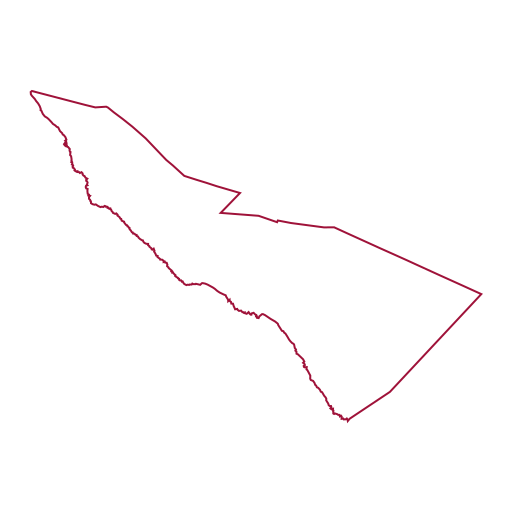 Alataua West, Vaisigano, Samoa (Albers equal-area conic projection)
{"feature_id": "51752279B81140789845654", "entity_name": "Alataua West", "entity_type": "district", "adm_level": 2, "iso_a3": "WSM", "parent_name": "Samoa", "parent_adm1": "Vaisigano", "projection": "albers", "projection_center": [-172.76, -13.559], "detail": "fine", "context": "isolated", "style": "outline", "palette": "rose", "viewbox_px": 512, "rotation_deg": 0, "n_neighbors": 0, "source": "geoboundaries", "source_scale": "gbopen_adm2", "svg_char_len": 4298}
<svg xmlns="http://www.w3.org/2000/svg" viewBox="0 0 512 512"><path d="M417.0,264.9L407.2,260.4L395.2,255.0L379.1,247.8L375.4,246.1L347.4,233.4L334.1,227.3L324.0,227.4L290.9,223.0L277.8,220.5L277.1,222.2L258.6,215.8L220.7,212.9L240.0,193.0L216.7,186.2L206.6,182.9L196.2,179.7L184.3,175.9L172.9,165.5L166.2,159.9L145.7,138.4L132.4,126.7L122.6,118.9L113.9,112.4L107.9,107.5L106.2,106.7L95.3,107.4L85.1,104.9L31.9,91.0L30.7,92.0L30.9,94.3L31.8,95.7L34.9,99.1L36.1,101.0L38.1,103.4L39.7,106.1L40.7,108.8L40.6,110.2L41.3,110.5L42.8,113.9L44.8,116.4L47.1,117.8L48.5,119.0L51.9,122.6L52.8,123.8L55.4,125.5L56.7,126.8L58.2,127.4L60.0,131.1L62.2,133.2L62.7,134.5L63.8,135.1L65.4,137.1L66.4,139.7L65.2,140.7L66.1,141.4L66.6,143.4L66.3,144.2L64.9,143.0L64.0,144.2L64.8,145.4L65.9,146.2L66.9,145.6L67.3,146.8L68.1,147.0L69.8,149.1L69.5,150.0L69.9,151.7L70.5,152.0L70.1,155.0L71.1,156.2L71.6,159.3L71.4,160.3L71.8,161.1L71.3,162.0L72.2,162.4L72.3,163.6L71.9,164.5L72.8,164.9L73.2,165.8L72.6,166.6L72.8,167.7L73.6,167.9L74.9,169.5L74.5,170.4L75.7,171.3L77.4,171.2L77.3,172.0L79.3,172.2L79.9,173.0L81.5,172.2L82.6,173.4L82.6,174.5L83.6,175.7L84.5,176.0L85.5,177.7L87.3,178.7L86.1,180.0L86.3,181.0L87.1,181.4L87.6,182.6L86.9,184.7L87.4,185.3L86.1,185.7L85.7,187.0L86.2,188.4L87.6,188.9L87.4,191.0L87.7,193.8L88.9,194.6L88.4,195.5L90.0,195.9L89.0,197.2L89.0,198.8L90.1,199.8L90.4,201.1L90.9,201.3L91.0,203.2L92.6,204.2L94.5,204.7L95.8,204.4L98.1,206.0L100.5,207.1L101.8,206.7L103.3,207.0L104.6,205.9L105.6,206.2L105.7,206.7L107.3,206.8L107.5,207.8L108.3,207.7L108.7,208.5L110.2,208.4L110.2,209.2L111.1,209.5L111.6,211.0L112.7,212.1L113.0,212.9L115.2,213.9L116.3,213.4L117.6,214.7L117.4,215.5L119.5,217.1L120.4,218.7L121.2,218.9L121.7,220.7L124.1,221.7L124.1,222.4L126.0,224.9L127.0,225.2L127.4,226.3L128.1,226.4L128.9,227.8L129.5,227.9L129.7,229.4L130.7,230.3L131.9,232.3L132.8,232.5L133.1,233.6L134.5,233.7L135.5,234.8L136.6,234.9L136.7,236.0L138.0,236.5L138.6,237.7L140.0,239.0L142.1,240.3L142.9,240.4L143.3,241.6L144.4,242.9L146.3,243.8L148.1,243.9L148.1,245.2L149.3,246.1L149.4,246.7L151.5,248.4L151.7,249.4L152.6,249.7L153.7,248.7L154.5,250.8L154.1,251.6L155.4,253.6L156.2,255.6L157.6,255.9L157.5,257.0L160.0,258.9L160.2,259.6L162.2,259.7L163.6,260.8L163.6,262.0L164.8,261.6L165.2,262.6L166.7,262.8L167.4,264.8L167.2,265.2L167.1,266.2L168.5,267.4L168.7,268.1L171.6,270.5L171.3,271.3L172.2,271.5L172.2,272.6L173.1,272.5L173.5,273.4L175.5,275.2L175.1,275.9L176.0,276.7L177.9,277.8L177.9,278.3L179.1,278.8L179.1,279.8L179.9,280.4L181.0,280.3L181.9,281.7L182.6,281.4L183.6,283.2L184.3,284.0L186.4,285.1L187.6,284.7L189.2,284.9L189.6,284.5L191.7,284.5L192.3,283.6L193.2,284.1L195.6,284.1L195.9,283.8L200.2,284.8L201.9,283.2L202.5,283.1L205.1,283.6L207.6,284.6L212.9,287.5L214.8,288.8L217.2,290.9L219.6,292.5L223.7,294.5L225.7,295.3L226.2,296.7L228.1,299.7L228.2,301.1L229.6,299.8L229.7,301.0L231.0,301.9L231.3,303.6L233.0,303.7L233.9,306.7L234.2,307.0L235.1,309.3L237.2,308.9L237.6,309.8L239.0,310.9L241.1,310.6L242.4,312.2L243.3,312.2L243.8,312.8L244.8,312.4L244.9,313.2L246.7,313.8L248.6,312.1L249.6,313.7L250.7,314.7L251.4,314.7L251.6,313.4L253.6,312.8L255.1,314.4L256.2,314.9L256.0,316.3L256.9,316.3L257.0,317.8L258.6,318.1L259.3,316.4L262.1,314.1L262.9,314.1L265.0,315.1L270.6,318.9L275.1,321.5L277.8,323.7L278.3,325.2L281.9,330.8L283.4,331.2L284.2,332.7L285.4,333.5L287.3,336.5L289.1,339.6L290.5,341.4L292.2,343.1L293.5,343.8L294.1,344.6L294.8,348.0L296.0,349.5L295.4,350.7L296.4,351.5L296.5,353.7L297.9,354.3L303.1,359.3L304.3,361.6L303.1,362.8L304.4,363.8L304.9,365.0L303.7,365.9L303.9,366.9L304.5,367.3L306.7,367.1L306.5,369.4L307.3,370.0L308.7,372.6L310.3,375.6L310.2,378.7L310.8,380.0L313.1,380.9L314.5,382.9L315.2,384.9L316.1,385.5L316.9,387.3L318.2,387.8L319.9,389.7L320.8,391.7L322.1,392.2L324.2,395.8L325.6,397.4L326.3,398.7L326.2,400.4L328.2,403.5L328.7,405.2L329.8,406.1L331.0,406.0L331.4,407.3L330.4,408.4L331.5,409.3L333.0,408.8L332.9,410.1L333.4,410.5L333.1,411.8L333.5,412.3L333.3,413.5L334.1,414.0L335.1,413.5L337.3,414.2L338.2,414.9L339.4,414.9L339.9,416.4L341.0,415.7L341.7,416.6L341.6,418.8L343.2,418.5L343.7,419.4L345.8,419.3L346.8,418.5L347.5,419.4L347.8,421.0L349.7,418.7L389.9,391.9L481.3,294.1L463.5,286.0L438.7,274.8L417.0,264.9Z" fill="none" stroke="#9f1239" stroke-width="2"/></svg>